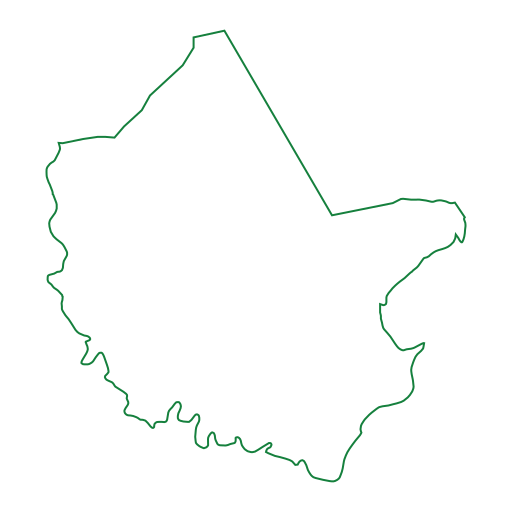 outline of Garrand, Dauphin, Saint Lucia
{"feature_id": "8701671B13502438451250", "entity_name": "Garrand", "entity_type": "district", "adm_level": 2, "iso_a3": "LCA", "parent_name": "Saint Lucia", "parent_adm1": "Dauphin", "projection": "orthographic", "projection_center": [-60.933, 14.005], "detail": "fine", "context": "isolated", "style": "outline", "palette": "green", "viewbox_px": 512, "rotation_deg": 0, "n_neighbors": 0, "source": "geoboundaries", "source_scale": "gbopen_adm2", "svg_char_len": 5995}
<svg xmlns="http://www.w3.org/2000/svg" viewBox="0 0 512 512"><path d="M464.8,217.3L454.9,202.6L452.4,203.1L450.4,203.1L449.1,202.8L446.4,201.6L445.0,201.2L441.3,200.4L439.4,200.3L437.7,200.5L436.5,200.7L433.5,201.7L432.2,201.8L431.2,201.7L426.0,200.5L419.4,199.6L411.4,199.7L403.1,198.8L400.9,199.0L392.8,203.1L332.0,215.3L224.4,30.7L193.6,37.4L193.6,47.7L182.7,65.3L150.0,95.5L141.8,110.2L124.1,126.4L114.5,137.6L105.7,136.9L97.5,136.9L83.2,139.0L62.7,143.2L58.7,142.9L59.8,146.8L60.0,148.4L60.0,148.9L59.8,149.8L58.6,152.8L54.7,160.3L53.3,161.6L51.6,162.6L50.0,163.8L47.7,166.6L47.1,167.7L46.6,169.2L46.5,171.5L46.6,174.9L46.8,176.8L47.5,179.1L48.7,182.4L49.8,184.6L52.3,191.1L52.7,192.8L52.7,194.2L53.1,194.5L53.3,194.9L56.3,202.8L56.7,204.6L56.7,208.5L56.0,210.9L55.1,212.9L50.3,219.6L49.8,220.8L49.4,222.2L49.2,223.5L49.3,224.4L49.5,226.6L50.5,230.6L50.9,232.0L51.4,232.8L53.5,236.3L55.1,237.9L56.6,239.3L61.5,243.1L62.5,244.1L63.4,245.3L64.6,247.3L66.7,251.4L67.1,252.6L67.1,254.6L66.8,255.7L66.1,257.0L63.9,260.9L63.6,262.0L63.2,264.0L62.9,267.8L62.0,270.1L61.1,270.9L60.1,271.5L59.3,271.7L57.2,271.9L54.2,273.6L49.3,274.9L48.2,275.6L47.9,276.0L47.7,277.1L47.6,279.8L48.0,281.2L48.5,282.2L51.4,284.5L53.0,286.7L54.1,287.9L56.8,289.7L58.2,290.8L62.1,295.0L62.2,295.4L62.3,296.2L62.7,296.7L62.4,300.1L61.9,301.8L61.6,303.4L61.9,306.4L61.9,308.9L62.1,309.7L62.9,311.3L65.3,315.1L66.4,316.5L68.5,319.0L71.1,322.9L75.5,329.9L77.4,332.0L79.3,333.4L84.2,335.5L86.5,335.9L87.5,336.2L88.2,336.5L89.5,337.5L90.0,338.2L90.2,339.1L89.6,340.1L85.8,341.7L85.7,342.2L85.9,342.6L86.5,344.4L87.2,345.9L87.5,347.0L87.8,349.0L87.7,349.8L87.2,351.5L86.2,353.6L82.7,359.4L81.7,361.3L81.5,362.1L81.4,362.9L81.6,363.3L83.1,364.2L84.2,364.3L87.8,364.3L88.9,364.1L89.8,363.7L91.7,362.6L93.1,361.3L95.7,357.3L98.1,354.2L99.1,353.1L99.8,352.8L101.3,352.7L101.8,352.9L102.4,353.4L103.5,355.3L104.2,357.0L106.9,364.7L108.0,368.2L108.5,371.1L108.5,372.1L108.3,372.5L107.0,374.1L105.2,375.9L104.9,377.1L105.4,378.4L106.5,379.7L108.4,380.7L111.6,382.1L112.4,382.6L113.4,383.7L114.5,385.5L115.3,386.6L123.5,391.8L126.2,393.9L127.0,395.0L127.1,396.0L126.7,398.3L127.1,399.5L128.2,401.9L128.3,403.2L128.0,404.3L127.5,405.3L125.7,407.9L125.0,409.2L124.5,410.3L124.4,411.1L124.6,412.2L124.9,413.0L125.8,414.1L126.7,414.8L128.0,415.3L130.5,415.5L133.2,416.0L136.4,417.2L137.9,418.0L139.8,419.4L140.6,419.7L142.8,419.8L145.1,420.5L145.7,420.9L147.8,423.0L150.6,426.5L151.8,427.5L152.3,427.8L153.0,427.9L153.5,427.7L154.1,427.0L154.3,424.9L154.6,423.9L155.4,423.0L156.2,422.4L157.1,422.0L158.7,421.9L162.1,421.9L164.3,422.1L165.5,421.8L166.3,421.3L167.1,419.8L168.3,412.5L169.1,410.7L170.4,409.1L172.1,407.4L174.6,404.0L176.0,402.5L176.4,402.3L177.2,402.1L178.6,402.1L179.1,402.3L179.5,402.7L180.4,404.1L180.7,405.1L180.9,406.3L180.6,408.1L179.6,410.7L178.4,413.2L177.9,415.5L177.8,416.9L177.9,418.3L178.4,419.3L179.0,420.1L180.6,420.8L183.4,421.5L188.0,421.9L189.0,421.9L190.9,420.4L191.6,419.7L194.6,415.7L195.6,414.7L196.5,414.4L197.5,414.5L198.5,415.2L198.9,415.9L199.3,417.8L199.3,420.0L198.9,421.6L196.9,425.5L196.2,427.5L195.8,429.9L195.2,436.8L195.6,440.8L195.9,442.8L196.7,443.9L197.4,444.6L199.3,446.1L200.5,446.8L203.2,448.0L203.9,448.2L206.2,447.4L207.4,446.4L208.1,445.3L208.1,444.7L208.0,439.3L208.1,438.3L208.2,437.6L208.9,436.0L210.4,433.8L211.4,432.8L211.8,432.5L212.3,432.4L212.8,432.6L213.8,433.1L214.2,433.8L214.8,435.4L215.2,438.7L215.7,440.3L217.3,443.7L217.9,444.4L218.5,444.8L219.6,445.2L220.7,445.3L225.7,445.5L227.9,445.0L230.4,444.0L234.2,443.1L234.8,442.8L235.2,442.2L235.6,441.2L235.7,439.8L235.6,438.0L235.9,437.6L236.3,437.4L237.6,437.2L238.4,437.5L239.0,437.9L240.1,439.1L240.8,440.8L241.3,443.3L241.9,445.2L242.8,446.7L244.3,448.7L245.0,449.4L247.3,451.0L248.2,451.4L251.0,452.1L252.7,452.1L255.0,451.6L258.3,449.7L262.3,447.1L269.0,443.0L270.4,443.1L270.8,443.3L271.2,443.8L271.5,444.8L270.8,446.5L270.3,447.2L269.9,447.5L268.3,448.2L267.2,449.0L266.4,450.4L266.0,452.0L268.3,453.2L274.9,455.9L280.0,457.1L285.4,458.6L289.0,459.8L290.4,460.4L292.3,461.5L295.3,464.9L297.7,464.6L298.5,463.0L299.5,461.6L300.9,460.6L302.3,460.2L303.2,460.6L304.0,461.1L304.8,462.3L306.3,465.2L307.9,470.0L309.2,472.4L310.3,474.1L311.2,475.3L312.0,476.1L313.4,477.2L315.6,478.0L323.0,479.8L329.7,481.1L331.5,481.3L333.7,481.3L335.2,480.9L337.3,479.8L338.8,478.6L339.7,477.4L340.7,474.9L341.8,471.9L342.7,468.4L343.9,461.3L344.4,459.3L345.9,455.4L347.4,452.2L349.7,448.5L352.4,444.7L355.4,440.7L359.9,435.3L361.0,433.5L361.4,432.6L360.9,431.3L360.5,429.2L360.6,428.5L361.0,425.8L361.7,424.1L363.6,421.1L364.8,419.4L369.2,414.8L371.6,412.7L376.5,408.9L378.7,407.4L379.7,407.0L382.5,406.3L388.4,405.5L393.3,404.2L396.6,403.4L401.1,402.0L403.7,400.7L407.8,397.4L409.9,395.0L412.2,391.5L412.9,389.7L413.4,388.2L413.6,386.6L413.0,380.9L412.7,379.1L411.7,374.3L411.3,371.5L411.2,369.8L411.6,367.1L413.1,362.5L414.1,359.9L415.4,357.0L416.0,356.1L417.4,354.2L421.1,350.9L423.1,348.5L423.5,346.8L424.1,343.2L423.4,343.1L421.5,343.9L414.5,347.6L413.3,348.1L411.1,348.7L406.6,349.3L403.9,350.2L403.1,350.3L402.1,350.1L400.5,349.4L398.5,348.0L397.0,346.3L395.1,343.7L390.4,336.6L387.2,332.8L384.2,329.4L383.7,328.7L383.2,327.8L382.5,325.4L382.0,322.7L380.9,318.7L380.9,316.2L380.8,315.2L380.1,312.5L380.1,304.1L383.1,305.1L384.0,305.1L384.8,304.8L385.7,304.2L386.0,303.9L386.4,302.1L386.4,297.6L386.6,296.6L386.8,295.9L388.7,292.9L390.6,290.7L392.5,288.3L395.2,285.6L397.2,283.8L399.6,281.8L404.6,278.1L409.3,273.7L410.8,272.4L411.8,271.8L413.1,270.4L416.8,267.5L418.3,265.9L423.2,259.0L424.0,258.1L424.9,257.8L426.9,257.3L428.8,256.3L431.1,254.2L433.6,252.4L435.7,251.2L438.3,250.2L442.1,249.1L445.1,248.1L447.8,246.9L450.5,245.0L453.5,242.0L455.2,238.4L455.8,234.5L458.4,238.1L459.4,240.0L460.4,241.4L461.3,242.2L461.7,242.3L462.1,242.2L462.5,241.6L463.5,239.3L464.3,236.4L464.8,233.3L465.1,229.5L465.5,226.2L465.5,225.0L465.3,222.9L464.1,219.5L464.1,218.3L464.8,217.3Z" fill="none" stroke="#15803d" stroke-width="2"/></svg>